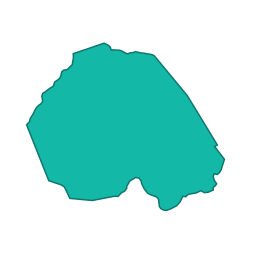 São Rafael, Rio Grande do Norte, Brazil (Mercator projection), rotated 280°
{"feature_id": "56859067B29032329313667", "entity_name": "São Rafael", "entity_type": "district", "adm_level": 2, "iso_a3": "BRA", "parent_name": "Brazil", "parent_adm1": "Rio Grande do Norte", "projection": "mercator", "projection_center": [-36.882, -5.844], "detail": "fine", "context": "isolated", "style": "filled", "palette": "teal", "viewbox_px": 256, "rotation_deg": 280, "n_neighbors": 0, "source": "geoboundaries", "source_scale": "gbopen_adm2", "svg_char_len": 1354}
<svg xmlns="http://www.w3.org/2000/svg" viewBox="0 0 256 256"><g transform="rotate(280 128 128)"><path d="M50.4,105.4L58.3,126.1L58.9,130.1L63.1,132.8L65.1,135.6L68.3,137.2L70.7,136.9L72.7,137.8L76.1,139.0L78.3,141.5L80.6,144.1L80.5,147.7L77.8,150.3L75.7,151.0L70.7,154.7L67.1,158.8L66.1,162.2L65.1,168.0L63.3,170.4L56.2,172.5L54.3,174.3L53.3,177.7L53.6,180.4L56.2,184.7L59.9,189.4L64.2,192.1L70.4,193.9L70.3,196.8L73.0,198.7L73.9,200.9L75.9,206.4L78.9,210.7L77.6,214.4L78.7,218.2L81.7,222.7L84.3,222.2L86.3,224.1L88.5,225.0L90.8,222.6L94.8,220.3L97.9,220.8L97.7,224.0L100.1,225.9L103.0,227.0L106.4,227.4L113.9,228.4L124.8,216.5L126.7,219.0L157.1,192.3L170.3,180.6L183.6,165.0L203.8,141.2L204.4,138.9L204.5,136.4L204.3,133.8L204.5,131.1L204.2,127.5L204.5,122.2L203.2,120.0L202.4,117.0L200.9,115.0L201.6,111.7L202.6,109.2L203.1,106.2L202.6,101.6L202.0,97.8L204.5,96.5L205.9,94.6L207.4,89.8L201.6,79.2L191.7,61.2L187.3,62.1L184.5,62.0L180.8,62.1L178.4,60.4L175.1,58.1L173.8,54.6L171.6,52.9L168.2,52.9L165.2,52.2L162.9,50.2L160.7,47.9L156.1,47.1L153.2,43.8L151.2,42.0L149.1,40.1L147.4,38.1L144.5,37.6L141.7,38.6L139.3,39.3L137.0,38.3L134.7,36.0L132.5,34.5L128.7,33.0L126.5,32.5L124.0,31.6L120.2,30.0L117.2,30.0L113.5,27.6L88.5,43.0L75.3,51.1L62.3,59.2L60.4,72.1L58.9,75.6L48.6,83.0L50.4,105.4Z" fill="#14b8a6" stroke="#0f766e" stroke-width="1.5"/></g></svg>